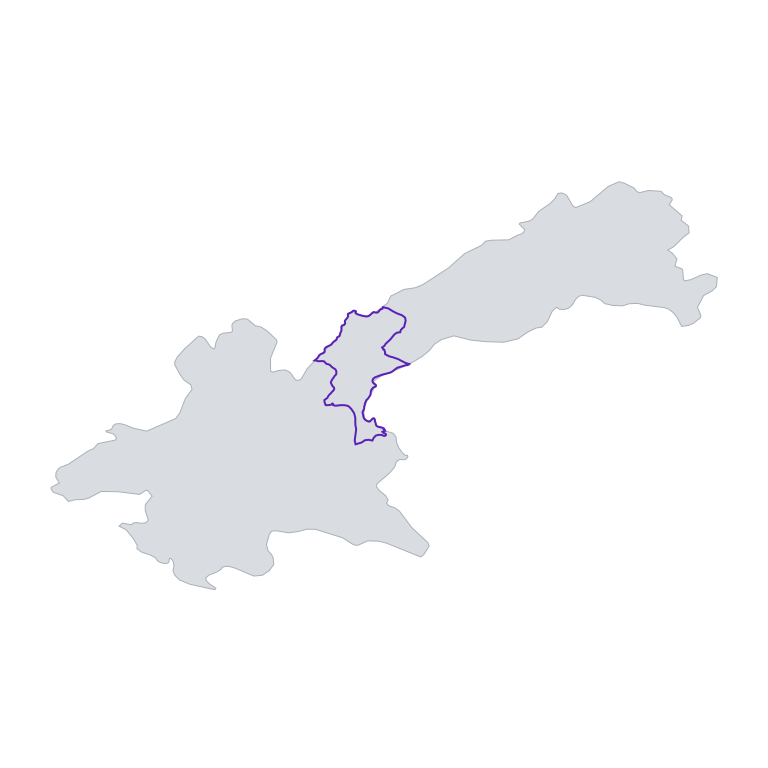 where Bolikhamxai sits in Laos, rotated 273°
{"feature_id": "LAO-3292", "entity_name": "Bolikhamxai", "entity_type": "Province", "adm_level": 1, "iso_a3": "LAO", "parent_name": "Laos", "parent_adm1": "", "projection": "equal_earth", "projection_center": [104.026, 18.483], "detail": "fine", "context": "in_parent", "style": "outline", "palette": "violet", "viewbox_px": 768, "rotation_deg": 273, "n_neighbors": 0, "source": "natural_earth", "source_scale": "10m", "svg_char_len": 6847}
<svg xmlns="http://www.w3.org/2000/svg" viewBox="0 0 768 768"><g transform="rotate(273 384 384)"><path d="M284.1,65.6L287.2,72.7L301.7,92.1L304.2,97.3L309.5,101.4L313.9,118.6L315.8,119.6L318.2,118.4L320.1,116.0L321.6,109.4L322.6,108.7L324.3,114.1L328.3,115.8L330.1,118.2L330.6,122.3L330.0,126.6L326.6,136.4L324.5,149.5L338.7,177.9L344.7,181.7L358.9,186.3L368.6,192.6L373.1,191.1L377.4,184.1L382.5,180.1L392.1,174.1L394.9,173.8L400.2,176.2L408.9,183.2L422.1,196.4L421.7,199.9L419.3,203.4L412.2,208.6L410.0,212.0L411.3,213.2L417.2,214.1L424.2,217.0L426.3,220.5L427.5,228.4L428.7,229.9L435.1,229.0L437.1,230.1L439.4,232.6L441.7,239.2L441.7,244.1L435.3,252.7L434.6,257.9L431.2,264.1L422.5,274.4L420.1,275.0L403.9,269.3L391.0,270.1L390.0,272.3L392.1,278.5L392.8,284.8L390.8,289.5L383.3,295.6L383.1,298.3L384.6,301.0L395.4,306.6L429.8,336.5L445.6,342.2L452.5,345.9L454.3,348.1L454.2,350.7L452.4,354.0L450.9,359.9L450.9,363.4L452.5,366.8L455.3,371.9L465.0,383.3L472.1,386.0L479.5,399.0L481.8,410.4L485.4,417.8L503.4,442.5L518.5,457.7L527.5,474.1L531.9,477.8L533.2,483.7L534.5,501.1L539.7,509.7L540.8,513.2L543.1,515.8L545.6,516.3L550.8,510.6L551.9,511.4L554.3,520.6L556.5,523.9L564.5,529.5L573.0,540.5L577.5,544.6L583.3,547.7L584.1,551.2L583.1,554.7L581.3,557.0L571.5,563.4L570.2,566.2L576.8,580.3L593.2,597.8L598.3,608.3L597.2,613.3L592.8,623.5L589.4,626.3L588.5,629.5L591.1,637.8L590.9,650.7L587.8,653.8L585.0,661.6L583.0,662.2L577.9,659.4L567.5,672.9L563.0,672.2L557.7,679.8L550.9,680.8L546.2,675.1L536.2,666.1L532.6,660.4L529.5,665.3L524.2,670.0L516.8,668.3L514.8,675.1L513.4,676.3L504.4,677.5L502.7,678.6L504.2,684.8L509.5,695.3L511.1,701.3L507.8,711.2L498.5,710.9L494.3,706.9L489.0,698.5L477.1,693.0L469.1,696.8L466.7,696.6L460.7,689.6L458.4,685.0L457.1,678.3L466.2,672.9L470.8,668.7L473.8,664.2L475.0,659.5L476.4,640.0L477.8,633.1L477.0,624.7L474.5,618.1L474.5,608.2L475.8,600.2L479.2,596.1L481.6,590.4L483.0,577.4L481.9,574.1L478.5,570.9L472.8,567.9L469.2,564.1L467.7,559.5L467.8,555.4L469.6,552.0L465.2,548.1L454.8,543.8L449.0,538.7L447.8,532.7L443.4,524.9L436.0,515.2L432.0,501.3L431.6,483.1L432.4,468.4L435.7,451.3L431.3,438.9L426.5,432.4L419.9,427.6L413.6,420.8L407.5,411.8L400.3,398.6L392.0,381.2L386.3,373.4L383.4,375.2L377.4,373.6L368.2,368.5L360.1,365.8L353.2,365.4L348.8,366.6L346.7,369.2L346.5,371.9L348.3,374.5L347.3,376.5L343.7,377.9L340.8,380.8L337.5,387.2L335.3,395.6L331.8,398.8L326.6,399.5L321.4,401.9L316.2,406.0L313.8,409.1L314.1,411.2L313.0,411.7L310.5,410.5L309.3,407.7L309.5,403.4L306.9,400.4L301.5,398.9L295.5,394.3L284.0,382.2L281.3,381.7L277.5,384.8L272.5,391.5L268.4,394.2L265.2,392.8L262.7,395.2L260.9,401.4L257.7,406.2L242.0,419.3L227.9,436.1L224.4,437.6L215.9,432.8L213.2,429.6L225.1,395.2L226.8,386.9L226.5,375.9L221.7,366.7L221.5,364.0L222.3,361.2L228.3,350.6L235.3,323.2L235.0,314.7L232.0,305.4L230.4,296.5L231.8,284.4L231.3,279.7L228.1,277.4L217.5,275.0L211.3,277.0L208.4,280.2L204.8,282.3L198.1,283.4L191.8,279.4L186.6,272.4L185.4,264.0L192.1,245.7L193.8,238.7L193.6,235.4L192.5,231.9L190.9,231.5L187.6,227.2L184.3,219.6L181.2,216.2L178.3,216.8L175.6,219.7L171.1,226.8L169.7,225.9L173.8,200.8L177.6,190.1L182.0,185.1L186.6,183.0L191.4,183.8L195.5,182.9L198.7,180.3L198.5,178.8L194.6,178.4L193.1,175.6L193.9,170.2L195.7,166.8L198.3,165.2L200.9,159.8L203.5,150.6L206.5,146.0L210.1,145.9L216.2,142.0L224.9,134.2L228.2,126.8L231.4,130.2L230.2,138.8L231.9,140.7L232.7,143.8L232.2,148.6L232.8,152.7L234.2,154.7L236.0,155.7L245.2,152.2L250.8,151.9L259.9,158.3L265.3,153.6L265.4,151.8L261.0,145.8L262.5,123.9L261.9,107.2L254.5,94.9L253.0,90.0L252.3,81.9L250.2,75.0L255.6,69.5L258.6,59.3L262.4,56.8L263.5,57.2L268.1,64.9L273.9,61.1L278.4,61.1L282.1,63.1L284.1,65.6Z" fill="#d9dde1" stroke="#a8b0b8" stroke-width="1"/><path d="M359.1,365.5L358.0,365.3L354.9,364.1L354.4,364.1L349.8,365.3L348.4,366.0L347.2,367.2L346.3,368.7L345.7,370.6L345.7,371.1L345.8,371.4L345.9,371.7L346.0,372.1L346.5,372.4L348.9,374.5L349.2,375.1L349.2,375.8L348.6,376.4L347.9,376.7L345.8,377.1L344.6,377.7L342.9,378.1L342.4,378.3L341.9,378.7L341.3,379.7L340.9,380.8L340.6,383.4L340.2,385.0L339.6,386.2L338.6,386.9L337.4,387.5L337.4,387.4L337.5,387.4L337.6,387.0L337.3,387.2L336.2,384.9L335.6,385.3L335.0,386.8L334.4,388.1L333.7,388.6L333.1,388.6L332.6,388.2L332.2,387.3L332.2,386.5L332.4,385.9L332.7,385.5L332.8,384.9L332.9,384.2L333.1,383.5L333.0,383.0L332.9,381.5L332.6,380.2L332.1,378.6L329.8,376.6L326.9,375.3L327.5,371.6L326.8,367.7L325.5,366.2L324.3,364.5L322.3,358.8L326.0,357.7L337.2,358.6L342.0,357.5L348.8,357.1L353.3,355.7L357.3,352.7L358.8,351.1L360.1,349.5L360.7,346.7L360.7,343.5L360.5,341.0L360.0,338.6L359.8,336.1L360.3,334.3L361.2,334.3L361.8,333.8L361.6,333.2L360.9,333.0L360.2,330.9L359.9,328.7L359.9,326.8L363.0,325.5L364.8,325.3L367.2,328.2L368.9,328.9L370.5,330.0L372.0,331.5L373.6,332.6L374.9,333.9L376.5,334.6L378.0,334.1L379.2,332.8L380.9,331.7L382.7,330.8L384.8,331.5L389.8,334.5L390.5,335.3L391.3,335.8L392.8,335.8L394.3,335.7L396.1,334.7L397.4,332.4L398.6,330.6L400.0,329.2L400.8,327.4L401.1,325.4L402.4,324.1L403.6,322.7L403.6,320.1L403.3,317.4L403.8,315.0L403.9,313.5L404.7,314.4L405.5,315.3L406.4,316.2L407.5,316.9L408.4,317.3L409.3,317.8L410.3,318.9L411.9,322.1L412.6,322.8L413.6,323.1L415.4,322.8L416.5,323.2L417.4,323.9L418.1,324.8L420.1,328.6L420.7,329.4L422.6,330.7L423.5,331.5L425.0,333.5L425.9,334.2L426.4,334.5L427.5,334.6L428.1,334.8L428.4,335.2L429.1,336.5L429.5,337.0L430.2,337.3L432.5,337.7L434.7,338.6L435.5,338.7L438.7,338.4L440.2,339.0L440.8,340.9L441.4,341.6L442.4,342.0L443.5,341.9L444.5,341.6L445.4,341.8L448.2,344.0L449.6,344.6L450.3,344.5L451.0,344.3L451.6,344.2L452.3,344.5L454.0,347.9L455.2,349.0L455.6,349.6L455.6,350.6L455.6,350.8L455.2,352.1L454.6,352.2L453.9,351.9L453.2,352.0L452.4,353.4L451.7,355.7L450.8,359.9L450.5,363.1L451.1,365.2L452.5,366.8L454.3,368.5L455.3,369.8L455.2,370.7L454.9,371.7L454.9,373.3L455.4,374.3L458.2,376.5L458.5,377.1L459.0,378.3L459.4,378.7L460.0,378.9L460.6,378.9L459.7,384.3L457.0,389.2L455.1,393.6L453.6,398.4L451.4,401.6L448.3,402.3L442.0,401.1L440.6,399.5L438.7,397.9L436.5,397.5L436.1,394.7L434.3,392.0L428.7,387.9L424.2,383.5L422.1,382.4L420.4,380.2L419.2,381.1L418.7,381.3L418.3,381.6L418.3,382.5L416.1,383.3L413.8,383.6L412.0,387.5L411.0,392.1L410.3,394.2L409.8,396.4L406.1,404.4L405.2,408.3L405.0,408.1L404.6,407.4L404.2,406.6L403.7,404.3L401.2,397.1L400.8,396.3L400.5,395.8L396.9,391.7L396.1,390.5L395.5,389.0L393.1,381.3L390.3,374.9L389.2,373.4L387.8,372.5L386.4,372.3L385.2,372.7L384.1,373.7L383.2,375.1L382.9,375.5L382.7,375.8L382.4,376.0L382.0,376.1L381.1,375.9L380.6,375.1L380.2,374.2L379.7,373.3L378.8,372.5L377.9,371.9L377.0,371.5L376.0,371.3L372.7,371.1L371.9,370.8L368.7,368.9L368.2,368.5L367.7,367.9L366.9,367.2L363.6,366.0L362.1,365.9L360.7,365.4L360.2,365.4L359.4,365.5L359.1,365.5Z" fill="none" stroke="#5b21b6" stroke-width="2"/></g></svg>